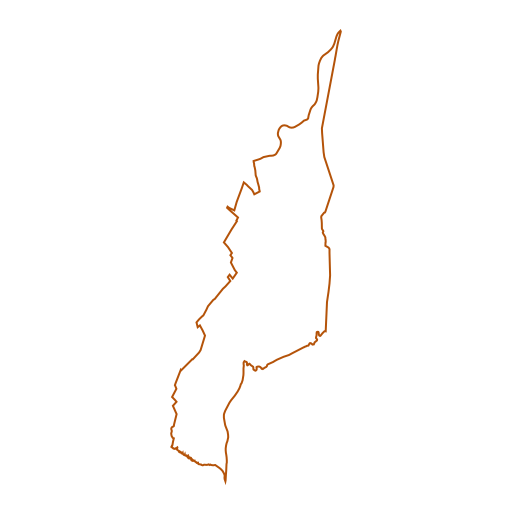 the district of Barito Kuala, Kalimantan Selatan, Indonesia
{"feature_id": "22746128B88870484763637", "entity_name": "Barito Kuala", "entity_type": "district", "adm_level": 2, "iso_a3": "IDN", "parent_name": "Indonesia", "parent_adm1": "Kalimantan Selatan", "projection": "equal_earth", "projection_center": [114.538, -3.03], "detail": "fine", "context": "isolated", "style": "outline", "palette": "amber", "viewbox_px": 512, "rotation_deg": 0, "n_neighbors": 0, "source": "geoboundaries", "source_scale": "gbopen_adm2", "svg_char_len": 5966}
<svg xmlns="http://www.w3.org/2000/svg" viewBox="0 0 512 512"><path d="M225.3,410.6L229.5,402.6L231.2,400.1L234.7,395.8L237.6,391.6L239.4,388.3L240.3,386.0L240.8,384.2L241.4,383.5L241.7,382.8L242.6,380.2L243.4,375.2L243.5,373.2L243.5,368.3L243.8,365.7L243.6,364.0L243.6,362.8L243.7,362.3L244.5,361.1L245.5,361.7L246.4,361.9L246.8,362.3L247.0,363.0L246.9,364.5L247.1,365.0L247.3,365.3L247.6,365.3L247.9,365.1L249.0,363.9L249.4,363.7L249.8,364.0L250.7,365.1L252.9,366.6L253.1,366.8L253.3,367.3L253.4,369.2L253.6,369.6L255.1,370.6L255.4,370.7L255.7,370.6L256.4,370.0L256.6,369.5L256.7,369.1L256.6,368.0L256.5,367.4L256.6,367.0L257.0,366.8L258.2,366.5L259.0,366.5L259.6,366.7L260.5,367.2L261.1,367.9L261.7,368.8L262.3,368.9L262.5,368.7L262.9,369.0L264.5,367.8L266.1,367.0L266.8,366.3L267.3,364.8L267.7,364.4L273.5,361.8L274.0,361.4L277.0,359.7L283.6,356.8L289.0,355.0L292.1,353.3L304.1,347.1L304.4,347.1L305.1,346.6L305.5,346.5L306.2,346.3L306.7,345.9L307.1,345.8L308.4,345.6L309.5,343.5L309.8,343.2L310.1,343.1L310.7,343.2L310.7,343.4L311.9,343.9L312.2,344.4L312.5,344.6L313.8,344.4L314.1,343.7L314.6,342.4L316.9,340.5L317.0,340.2L317.1,339.5L317.0,339.3L316.0,338.0L316.0,337.8L316.1,337.1L316.6,335.1L316.6,333.0L316.8,332.1L317.5,331.8L318.3,331.9L318.6,332.5L318.9,334.9L319.4,335.6L319.6,335.6L319.7,335.8L320.0,335.9L320.3,335.9L320.5,335.7L322.4,333.3L324.2,331.5L324.9,331.1L325.7,331.3L327.0,302.0L328.5,291.9L329.5,283.6L330.1,275.4L329.5,253.0L329.5,249.2L329.1,248.3L328.4,247.5L325.4,245.8L325.5,242.5L325.7,242.1L325.6,239.6L325.4,239.2L325.4,238.1L325.3,237.3L324.6,235.9L323.4,234.0L322.8,232.7L322.9,232.1L323.3,231.5L323.3,231.2L323.2,230.8L322.1,229.2L321.9,228.5L321.8,223.0L321.6,220.1L321.4,218.9L321.2,217.4L321.3,216.4L321.4,216.1L324.1,212.7L324.9,212.5L325.4,211.6L333.5,187.0L333.6,185.3L324.3,157.0L323.6,152.2L322.1,133.0L321.9,128.3L334.8,60.1L335.1,58.2L335.5,56.2L336.8,48.6L337.5,44.8L338.3,41.1L340.8,31.6L340.4,30.7L338.8,32.3L337.9,33.4L337.4,34.3L336.5,36.3L334.3,43.7L333.0,46.6L332.3,47.7L330.8,49.5L328.0,52.2L323.4,55.5L322.6,56.3L321.2,58.1L320.8,59.0L320.0,60.6L319.0,63.4L318.5,65.6L317.8,74.7L317.8,78.6L318.4,87.4L318.4,88.9L318.2,91.9L317.4,97.3L316.7,100.5L316.1,101.9L315.3,103.3L314.6,104.4L312.7,106.2L311.7,107.4L311.0,108.5L310.5,109.6L308.7,115.2L308.1,118.5L307.1,119.5L306.4,119.8L304.0,120.6L301.6,122.7L299.1,124.5L294.9,126.9L293.3,127.5L291.5,127.7L289.8,127.4L288.9,127.0L286.9,125.8L286.1,125.6L284.4,125.3L282.9,125.5L281.8,126.0L280.8,126.8L279.6,128.3L278.8,129.7L278.4,131.0L277.9,133.1L277.9,134.2L278.0,135.1L278.3,136.2L280.3,139.6L280.6,140.3L280.8,141.3L280.9,142.4L280.8,144.0L280.5,145.9L279.7,147.9L278.7,149.6L276.5,153.3L275.9,154.1L275.1,154.7L273.3,155.5L271.8,155.7L269.5,155.8L263.5,157.1L260.4,158.8L258.7,159.4L253.6,161.0L253.7,162.2L254.1,163.5L254.1,164.1L254.3,166.2L254.6,166.9L255.3,170.4L255.7,175.3L256.1,176.5L256.8,178.1L257.1,179.3L257.6,182.0L258.3,184.4L259.1,187.4L259.2,189.2L259.6,190.8L259.7,191.5L254.3,194.3L253.5,192.5L252.1,190.0L248.1,186.3L246.7,184.8L243.8,182.4L241.8,188.2L236.7,201.9L234.3,210.4L229.0,207.8L227.6,206.7L227.1,207.8L229.7,210.2L238.0,217.5L236.4,220.6L236.9,221.2L231.5,229.5L223.9,242.4L228.0,247.1L231.9,253.0L230.4,255.2L232.5,258.0L230.9,262.5L234.8,270.1L236.8,272.7L232.7,278.6L229.6,274.7L227.8,277.1L230.3,281.0L225.5,286.4L222.9,288.8L215.6,297.9L215.2,298.6L213.2,300.0L208.0,306.2L206.3,309.9L203.3,315.5L202.3,316.2L199.6,318.8L198.6,319.9L196.5,322.4L197.7,327.2L199.9,325.4L202.7,330.6L205.0,335.6L200.6,350.1L199.1,352.5L192.8,359.3L192.3,359.2L181.0,370.5L180.7,370.0L175.7,382.9L174.9,385.2L175.3,386.0L176.4,388.8L172.1,397.0L174.8,399.8L176.5,401.8L172.9,405.8L176.6,414.1L174.0,424.7L173.9,425.9L173.7,426.2L173.2,426.6L172.5,426.8L171.8,427.4L171.6,427.7L171.3,428.5L171.3,429.2L171.6,430.2L171.8,430.9L171.7,431.7L171.4,432.7L171.2,433.4L171.3,434.3L171.6,435.9L172.1,436.9L172.7,437.6L172.7,437.8L173.2,438.3L173.8,438.4L173.0,441.7L172.4,445.2L172.0,445.5L171.9,445.7L172.0,446.1L171.7,446.4L171.4,446.9L172.5,447.8L172.9,448.1L173.1,448.1L173.4,448.5L173.6,448.4L174.6,448.9L175.4,448.7L175.5,448.5L175.9,448.7L176.6,447.9L177.3,447.4L177.4,447.7L177.1,448.3L177.0,449.0L177.1,449.7L177.6,450.1L178.7,450.8L179.0,451.1L179.3,451.1L179.6,451.3L178.9,451.5L179.1,451.9L179.8,452.3L180.0,452.2L180.2,452.3L180.4,452.2L180.5,452.0L181.0,452.3L181.7,452.6L181.8,452.7L181.5,453.0L181.5,453.3L182.1,453.6L182.4,453.5L182.7,453.0L182.8,453.6L183.6,454.7L184.1,455.0L184.5,455.1L184.8,454.5L184.9,455.1L185.1,455.4L185.5,455.7L185.9,455.7L186.6,455.4L186.7,455.5L186.6,456.0L186.9,456.3L187.1,456.0L187.3,456.2L187.9,455.8L187.9,456.0L187.6,456.3L187.5,456.8L187.7,457.2L188.2,457.9L189.1,458.5L189.3,458.4L189.5,458.2L188.4,456.8L188.4,456.4L188.5,456.4L188.6,456.6L189.2,457.3L190.2,457.6L189.8,458.0L189.8,458.3L190.7,458.7L190.8,458.5L190.8,458.0L190.8,457.9L191.0,458.3L191.5,458.8L191.9,459.1L192.0,459.3L192.2,459.5L192.4,459.6L193.7,460.7L194.2,460.9L194.6,460.7L194.7,461.0L194.9,461.4L196.0,462.2L196.3,462.2L196.6,462.5L196.9,462.6L196.9,462.9L197.4,462.9L197.9,462.7L198.0,462.7L198.0,463.0L198.1,463.5L198.5,464.1L199.0,464.2L199.6,464.2L200.4,464.5L201.1,464.5L201.7,465.0L202.8,465.3L203.3,465.1L204.1,464.7L206.7,464.9L207.9,464.7L208.5,464.4L209.2,464.7L209.4,464.9L209.7,464.7L210.1,464.8L210.5,464.6L211.1,465.0L213.2,465.3L215.2,465.0L219.6,468.1L221.0,469.3L222.6,471.0L224.1,473.7L224.8,476.1L224.6,476.4L224.5,477.7L224.6,479.0L225.4,481.3L225.6,480.2L225.9,474.8L226.2,470.9L226.5,464.0L226.8,462.6L226.8,460.2L226.6,457.3L226.3,455.0L225.9,452.6L225.7,450.5L225.7,448.3L226.1,445.4L226.6,443.2L227.4,441.1L228.2,437.3L228.1,434.9L227.6,431.5L225.4,425.8L225.1,424.7L223.9,417.8L223.9,414.9L224.1,413.8L224.6,412.4L225.3,410.6ZM192.5,460.9L193.0,460.9L192.5,460.1L192.1,459.8L191.6,459.4L191.4,459.4L191.2,459.6L191.2,459.8L191.5,460.3L192.5,460.9Z" fill="none" stroke="#b45309" stroke-width="2"/></svg>